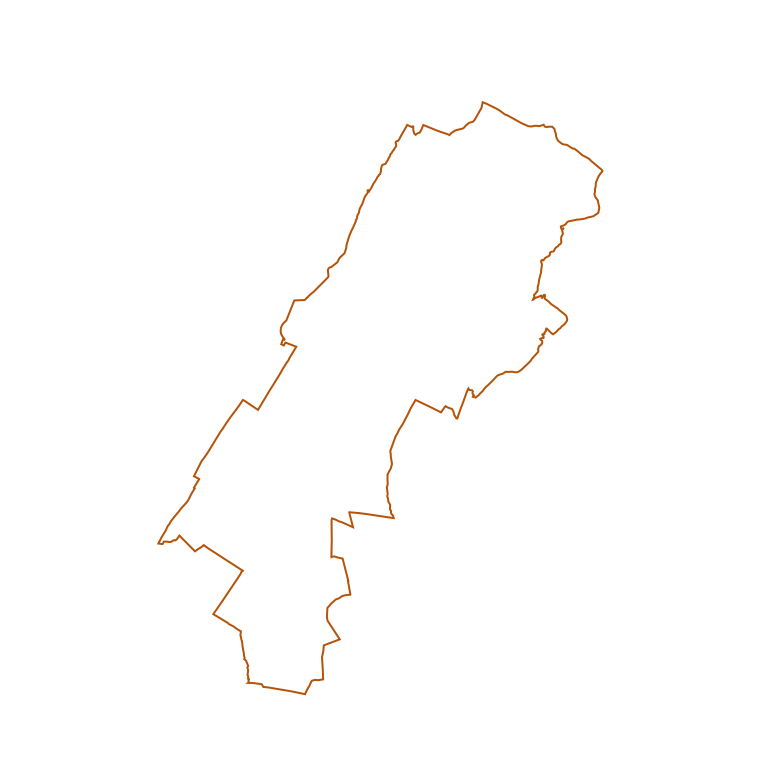 Bacesti, Vaslui, Romania, rotated 226°
{"feature_id": "2599482B65523487656623", "entity_name": "Bacesti", "entity_type": "district", "adm_level": 2, "iso_a3": "ROU", "parent_name": "Romania", "parent_adm1": "Vaslui", "projection": "orthographic", "projection_center": [27.228, 46.823], "detail": "fine", "context": "isolated", "style": "outline", "palette": "amber", "viewbox_px": 768, "rotation_deg": 226, "n_neighbors": 0, "source": "geoboundaries", "source_scale": "gbopen_adm2", "svg_char_len": 6141}
<svg xmlns="http://www.w3.org/2000/svg" viewBox="0 0 768 768"><g transform="rotate(226 384 384)"><path d="M554.2,580.7L550.3,567.3L549.6,565.5L549.1,563.2L549.7,562.1L550.0,560.8L549.5,559.9L548.6,559.6L546.6,558.0L546.1,555.3L545.6,553.7L545.6,552.7L544.8,549.6L544.8,548.3L543.6,546.0L543.2,544.1L542.6,542.8L541.3,538.0L542.6,535.4L542.6,534.5L541.9,533.0L540.3,530.6L539.3,529.9L539.0,529.0L538.3,528.2L537.7,526.8L538.0,525.5L537.5,524.7L537.5,523.4L536.5,520.4L535.3,514.9L534.1,511.8L532.9,507.0L534.5,507.2L534.7,506.8L533.7,506.0L532.8,504.7L532.2,501.2L531.6,499.4L528.8,494.0L526.9,488.2L524.6,484.8L523.6,481.7L521.7,479.1L521.5,477.7L520.6,476.7L518.0,470.4L517.0,467.4L514.5,461.5L509.9,453.4L508.0,451.2L505.5,446.4L505.6,440.3L505.4,438.9L504.2,435.8L504.0,434.8L504.7,427.5L505.5,425.9L505.7,424.6L504.9,422.7L500.0,418.9L499.6,417.5L499.2,397.2L499.5,394.5L499.6,392.1L499.5,385.2L503.1,381.3L506.4,377.5L497.5,357.8L497.6,353.8L496.9,351.0L495.9,348.7L494.2,346.8L493.0,345.7L491.3,344.7L487.5,343.7L485.3,343.6L485.1,343.0L486.3,342.5L484.0,337.7L481.3,338.7L482.1,341.2L482.2,341.8L481.9,342.1L471.7,346.8L468.4,334.2L467.3,331.3L467.1,329.6L465.3,322.1L463.2,315.0L458.8,297.4L452.9,275.4L469.7,271.8L470.5,271.4L468.6,261.9L466.7,249.9L465.3,242.8L463.8,236.7L463.3,233.4L457.3,210.4L455.9,203.7L455.3,199.4L449.7,183.2L444.0,185.1L441.4,175.2L440.4,175.4L438.9,169.5L436.6,163.0L435.9,160.0L435.4,151.4L434.8,147.8L434.1,141.0L433.3,135.3L432.4,132.6L432.0,129.7L430.2,125.1L428.2,117.4L426.0,110.9L423.1,113.1L422.7,113.6L423.5,116.2L421.8,118.0L418.9,120.3L418.4,121.0L417.7,124.3L416.4,125.2L416.2,127.1L417.1,131.5L394.9,131.8L394.5,134.9L393.5,139.5L393.3,142.4L386.8,143.6L347.7,152.7L347.8,150.4L347.0,148.9L340.4,118.2L337.0,101.3L320.5,105.7L319.0,105.7L313.6,107.5L311.5,107.7L305.4,109.2L303.2,106.4L299.6,104.1L296.8,102.6L293.0,99.6L287.4,95.9L285.3,94.2L284.2,93.8L283.7,93.4L283.1,92.3L280.8,92.6L275.7,90.5L275.4,90.2L275.0,88.8L272.4,87.4L269.4,83.6L268.4,83.4L267.5,82.7L266.4,81.5L265.9,81.9L265.4,81.8L264.5,80.2L263.3,79.5L263.4,78.6L260.1,81.9L253.4,87.2L252.7,87.4L249.8,86.8L246.5,89.7L227.5,103.7L215.7,111.8L216.1,112.5L217.9,117.5L218.8,120.9L220.2,124.3L220.6,125.9L219.4,128.5L216.7,130.9L213.8,135.0L220.1,140.7L230.6,149.7L234.1,154.9L237.8,159.2L231.1,174.8L253.0,179.0L256.2,181.2L262.2,187.7L262.7,193.6L262.5,199.6L261.1,202.8L260.8,204.3L260.7,205.9L260.2,207.2L259.3,208.9L256.7,212.5L255.8,213.3L255.9,213.6L267.3,221.2L267.1,221.5L287.2,233.0L290.4,230.7L293.8,228.9L295.1,227.8L296.0,225.9L307.8,237.8L320.4,249.7L322.6,251.9L323.4,253.2L320.5,254.8L317.0,256.0L313.1,258.0L302.5,262.2L315.5,269.6L315.8,270.0L308.8,276.1L303.1,280.7L280.8,297.8L283.1,299.1L285.3,299.1L286.7,299.6L287.8,301.0L289.7,301.2L292.8,304.5L296.4,305.4L299.0,307.5L300.9,308.3L301.6,309.1L302.1,310.1L307.5,314.1L309.5,317.3L312.4,319.7L316.2,323.4L317.3,326.1L318.5,330.1L320.9,334.2L327.4,338.7L329.0,340.3L330.1,340.9L331.5,342.1L338.3,356.0L339.2,359.4L340.7,363.4L342.0,369.1L345.5,379.8L348.0,386.4L350.6,395.6L334.8,401.5L324.0,405.3L325.3,412.1L325.2,413.0L324.4,413.0L322.3,413.8L318.9,415.5L318.4,415.5L316.3,415.0L312.7,413.0L308.9,412.2L308.4,412.5L308.5,413.4L309.5,415.0L313.3,422.6L315.1,426.6L320.4,437.3L322.0,440.8L322.1,441.6L321.2,441.1L320.5,441.2L318.1,443.1L317.0,442.8L315.9,441.2L313.4,440.8L313.5,439.5L313.2,439.0L310.6,440.5L310.2,445.0L310.4,445.9L310.4,450.6L310.9,452.8L311.1,454.7L310.9,458.0L311.0,465.4L311.3,471.3L310.6,473.3L308.9,476.6L308.2,480.1L306.5,481.6L303.9,484.7L301.7,486.2L300.7,487.1L299.7,488.5L299.1,490.6L298.8,493.0L298.7,503.0L298.8,506.0L299.3,507.3L299.5,509.7L300.0,517.3L300.4,517.9L302.0,519.0L302.8,520.3L303.5,522.1L303.1,523.4L303.3,525.7L303.6,526.3L305.0,527.7L307.3,527.4L308.0,527.6L307.6,529.1L306.3,530.7L306.9,531.5L308.0,531.8L308.7,532.5L309.3,532.1L309.6,532.3L309.4,533.1L308.5,533.7L308.6,534.3L309.7,535.4L309.6,537.1L310.8,538.4L311.1,539.3L310.8,539.6L304.7,539.7L302.3,540.1L301.9,543.3L301.9,545.8L302.1,547.2L301.7,549.7L302.0,552.3L301.7,553.8L301.8,556.8L302.3,559.3L303.0,560.5L305.1,561.9L306.5,562.4L308.5,562.4L315.5,561.4L317.9,561.3L325.4,559.7L329.2,559.7L333.7,558.9L334.1,559.1L335.5,561.1L336.6,561.5L336.9,560.9L336.1,560.2L336.4,559.4L336.2,557.5L336.7,557.5L337.2,558.4L337.6,558.7L338.0,558.8L338.4,558.4L339.8,554.7L340.8,553.0L340.9,551.4L340.9,550.1L341.1,549.7L342.5,552.9L343.6,553.5L343.9,554.0L343.7,555.5L344.1,556.8L344.0,558.2L344.9,559.9L347.1,562.1L348.6,564.7L351.0,567.6L355.2,574.5L357.5,577.1L359.3,579.6L360.7,581.0L362.8,581.9L363.4,582.6L363.5,583.5L363.3,584.0L362.4,584.2L362.2,584.5L362.7,587.4L361.5,592.1L361.9,593.4L362.8,594.0L363.2,594.7L362.8,596.3L361.8,597.7L361.6,598.4L362.4,600.5L362.6,601.8L362.7,603.3L362.2,604.7L362.6,606.3L362.2,607.9L362.4,609.2L362.9,610.2L364.9,611.7L366.4,613.4L367.0,614.6L367.2,615.8L367.9,617.1L370.6,618.8L370.9,619.5L371.1,620.8L371.5,620.9L371.8,619.6L372.2,619.4L373.4,619.8L374.5,620.7L373.5,622.7L372.8,625.2L372.8,626.1L373.2,628.1L372.8,629.9L371.0,632.5L368.2,637.0L366.5,639.0L363.3,643.6L362.0,646.7L360.8,648.4L359.3,651.1L358.5,655.3L358.3,657.1L361.1,661.2L367.5,665.3L371.5,665.9L373.6,666.7L374.6,667.5L375.8,669.4L377.8,671.4L379.2,673.7L381.4,675.9L382.1,677.2L384.3,682.6L384.9,685.2L385.3,688.8L385.5,689.2L387.1,689.4L400.0,688.0L403.1,688.0L405.5,687.4L410.8,685.6L417.4,685.0L421.2,684.3L422.1,683.4L422.8,683.2L428.9,681.7L432.1,679.3L433.5,678.8L438.2,678.2L441.3,679.2L442.7,679.9L444.1,681.2L447.4,682.7L448.9,683.7L452.0,683.8L454.5,681.5L455.9,679.3L457.5,678.5L459.6,678.9L461.6,674.7L463.1,673.7L464.8,672.0L466.9,668.8L467.5,668.5L468.1,667.7L469.7,666.7L475.8,664.2L491.8,659.3L493.9,658.2L501.1,657.0L504.2,656.1L515.2,652.1L518.1,650.7L514.8,645.7L510.9,632.2L510.9,630.1L512.8,626.5L513.1,622.5L512.8,619.9L513.1,618.0L516.4,612.4L517.0,610.9L517.8,606.3L517.5,604.0L519.1,603.5L528.5,598.6L543.0,592.2L541.0,587.6L540.0,584.5L540.6,583.2L541.3,581.1L541.3,579.9L543.1,579.7L546.3,581.4L548.9,583.9L549.6,583.3L549.5,582.7L549.7,582.4L554.2,580.7Z" fill="none" stroke="#b45309" stroke-width="2"/></g></svg>